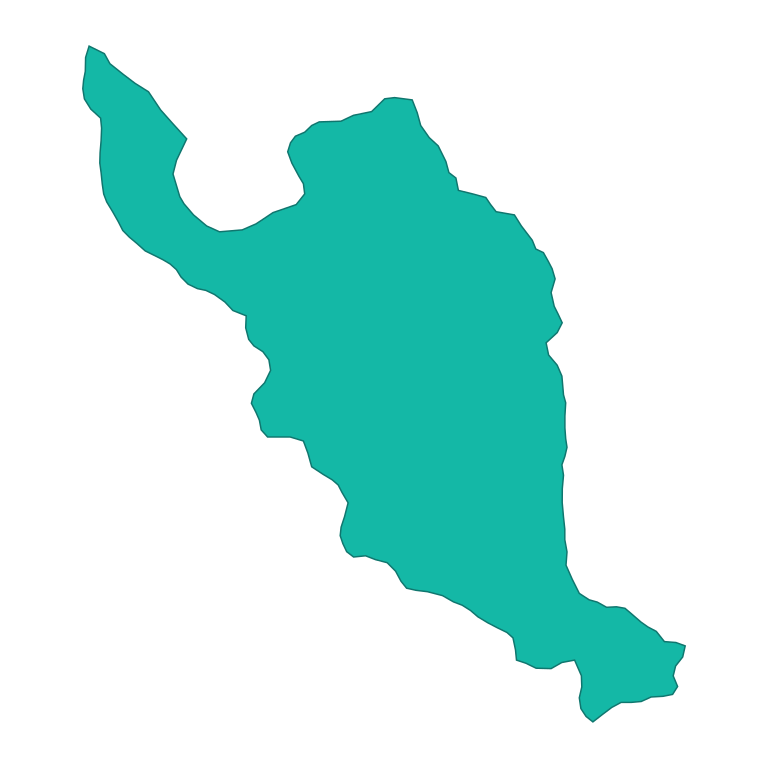 Mata Verde, Minas Gerais, Brazil (Albers equal-area conic projection)
{"feature_id": "56859067B41981550875410", "entity_name": "Mata Verde", "entity_type": "district", "adm_level": 2, "iso_a3": "BRA", "parent_name": "Brazil", "parent_adm1": "Minas Gerais", "projection": "albers", "projection_center": [-40.707, -15.767], "detail": "fine", "context": "isolated", "style": "filled", "palette": "teal", "viewbox_px": 768, "rotation_deg": 0, "n_neighbors": 0, "source": "geoboundaries", "source_scale": "gbopen_adm2", "svg_char_len": 2520}
<svg xmlns="http://www.w3.org/2000/svg" viewBox="0 0 768 768"><path d="M89.1,46.1L85.6,57.5L85.3,71.4L83.6,80.2L82.8,88.7L84.4,98.9L90.8,109.1L100.6,118.1L101.6,128.2L101.1,140.6L100.1,152.6L99.8,163.0L101.1,172.7L102.3,184.3L103.7,194.0L106.7,201.9L112.7,211.8L118.3,221.7L122.8,230.5L129.4,237.2L136.7,243.3L145.2,250.9L153.9,255.2L162.9,259.7L170.0,263.9L176.4,269.6L181.0,277.0L188.0,284.1L197.4,288.6L205.9,290.4L214.5,294.5L224.9,302.0L232.9,310.5L246.2,315.8L245.7,327.8L248.7,339.4L253.9,345.9L262.9,351.7L268.9,359.8L270.6,370.4L264.6,382.8L253.9,393.9L251.4,403.3L256.1,412.6L259.4,420.2L261.2,429.9L267.6,437.0L277.4,437.0L290.2,437.0L303.4,441.0L307.9,453.1L311.7,466.8L323.2,474.4L332.2,479.8L338.2,485.0L342.1,492.6L348.1,502.8L344.6,516.5L341.1,527.2L340.2,535.7L342.9,543.7L346.7,551.7L353.6,557.0L365.6,555.8L375.4,559.6L387.2,562.7L395.6,571.2L401.1,581.4L406.6,588.2L416.0,590.3L427.5,591.7L442.5,595.6L453.5,601.9L462.2,605.2L470.4,610.4L478.0,616.9L487.8,622.8L497.2,627.7L507.0,632.5L513.0,637.9L515.5,649.9L516.5,660.1L525.8,663.2L536.1,668.2L551.1,668.6L561.8,662.5L574.6,660.1L581.4,675.7L581.8,686.9L579.3,697.8L580.9,708.6L586.1,716.5L592.9,721.9L602.4,714.5L611.8,707.4L621.1,702.4L631.1,702.4L641.2,701.5L651.1,697.0L663.1,696.3L672.6,694.4L677.6,686.5L673.2,675.9L675.6,666.0L682.7,657.0L685.2,645.9L675.9,642.5L664.4,641.6L656.3,631.4L647.8,626.9L640.9,622.0L634.1,616.1L625.0,608.3L616.5,606.8L606.6,607.3L597.3,602.1L589.1,599.8L579.3,593.4L572.2,579.2L566.0,565.2L567.0,551.9L564.8,539.7L564.8,529.2L563.5,517.1L562.2,502.5L562.3,488.7L563.5,475.3L561.9,464.8L564.9,456.3L567.0,447.3L565.7,438.8L564.9,427.9L564.9,416.1L565.7,402.8L563.5,394.8L562.7,385.4L561.9,376.1L557.2,365.2L548.6,355.0L546.1,342.8L557.2,332.6L562.2,322.8L558.1,314.1L554.2,306.3L551.1,292.6L555.1,278.9L552.1,268.7L548.3,261.4L543.4,252.6L535.8,249.0L532.3,240.3L521.3,225.9L514.4,214.9L496.1,211.7L490.4,204.3L485.8,197.5L473.4,194.1L458.4,190.4L455.9,178.0L448.9,172.6L445.9,161.5L438.2,145.9L429.2,137.6L420.7,125.5L417.2,112.7L412.2,99.9L394.6,97.6L384.7,98.8L371.6,111.6L353.5,115.3L341.0,121.2L319.2,121.9L311.7,125.5L304.7,132.2L295.4,136.2L290.5,142.8L287.7,151.8L291.9,163.2L298.9,176.2L303.4,183.7L304.7,193.9L296.2,204.6L273.0,212.6L256.0,223.9L242.2,229.9L219.5,231.8L206.7,226.0L193.5,214.9L184.0,203.8L179.8,196.7L173.0,174.0L176.5,160.3L186.7,138.9L172.5,123.3L160.6,109.9L148.5,91.8L135.0,83.3L122.9,74.1L109.9,63.7L104.4,53.7L89.1,46.1Z" fill="#14b8a6" stroke="#0f766e" stroke-width="1.5"/></svg>